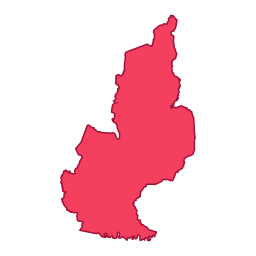 Tonaya, Jalisco, Mexico (Robinson projection)
{"feature_id": "50627088B15474935979053", "entity_name": "Tonaya", "entity_type": "district", "adm_level": 2, "iso_a3": "MEX", "parent_name": "Mexico", "parent_adm1": "Jalisco", "projection": "robinson", "projection_center": [-103.939, 19.867], "detail": "fine", "context": "isolated", "style": "filled", "palette": "rose", "viewbox_px": 256, "rotation_deg": 0, "n_neighbors": 0, "source": "geoboundaries", "source_scale": "gbopen_adm2", "svg_char_len": 5881}
<svg xmlns="http://www.w3.org/2000/svg" viewBox="0 0 256 256"><path d="M126.1,52.1L125.1,54.0L125.2,56.9L125.6,57.2L124.5,63.8L124.4,68.0L124.7,69.6L124.1,70.0L124.0,71.4L123.5,71.7L123.2,73.9L122.8,73.7L121.9,75.7L120.1,75.5L118.5,74.7L117.7,74.8L117.0,75.2L116.7,75.8L115.8,76.0L116.4,77.7L115.8,78.4L116.1,80.4L115.6,81.8L115.7,83.6L118.4,85.6L119.1,86.7L118.5,88.2L118.7,88.9L117.7,88.9L117.7,91.1L117.2,92.8L115.9,94.2L115.0,95.9L114.9,96.6L115.8,97.9L115.5,99.2L114.5,100.5L113.5,101.0L114.6,102.5L115.7,102.8L114.5,103.1L112.8,104.7L112.4,105.5L111.6,111.1L111.6,112.2L114.3,113.2L114.9,114.0L114.7,115.0L114.3,115.2L114.7,117.0L114.1,118.5L114.1,119.3L113.5,120.1L112.5,118.6L112.2,118.9L112.3,119.9L113.1,121.6L113.9,122.2L115.6,122.9L117.1,125.6L117.3,127.0L117.2,127.9L118.1,129.7L118.4,131.3L119.1,132.2L119.6,133.5L119.5,137.8L119.2,138.5L118.7,139.0L117.9,139.0L116.3,137.9L115.7,135.4L114.6,133.4L112.9,132.7L110.8,133.3L108.5,132.9L101.8,132.8L100.3,131.7L98.2,132.0L97.4,131.6L95.4,129.7L94.6,129.4L94.0,128.6L94.0,127.8L91.5,127.5L90.0,125.9L88.2,125.0L87.3,125.5L81.1,142.2L75.7,148.7L78.2,154.3L78.6,154.7L81.3,155.4L81.8,156.0L81.9,157.1L81.6,158.5L80.7,159.6L80.6,160.3L79.6,161.4L79.6,162.4L79.0,164.4L77.5,166.2L77.4,166.8L77.6,167.6L75.8,168.6L74.9,169.8L74.7,171.2L75.2,173.3L74.6,173.8L73.5,173.9L71.4,173.5L70.4,172.8L69.0,172.7L70.0,171.3L69.8,171.2L68.3,171.5L67.0,171.4L65.9,170.0L65.3,171.3L64.2,170.8L63.6,171.8L63.5,172.8L62.8,174.4L61.9,175.2L62.1,175.8L61.6,175.8L61.5,176.7L60.9,177.7L61.7,179.7L60.8,182.8L61.9,182.8L61.8,185.7L62.9,187.1L62.9,187.6L62.2,187.9L62.7,189.2L62.8,191.2L64.7,192.3L65.2,191.9L65.8,192.0L65.1,193.5L64.4,194.0L63.4,194.0L64.3,194.1L63.9,197.1L63.2,198.4L61.7,199.0L62.7,201.1L62.2,201.7L62.9,202.7L64.0,205.1L66.8,208.4L66.7,209.8L67.1,210.1L68.2,210.4L70.2,212.0L71.5,212.3L71.7,212.0L74.7,212.8L76.2,212.5L77.2,212.7L77.6,213.1L77.5,214.2L76.8,215.6L76.9,216.6L77.4,217.2L77.1,218.3L77.5,220.4L79.1,221.2L81.9,221.4L82.7,221.9L83.1,222.9L82.2,223.4L81.9,224.7L82.3,227.3L80.6,229.0L79.9,230.3L96.6,233.7L97.6,233.1L98.6,233.1L99.8,234.1L101.1,235.9L102.2,236.9L103.1,236.9L103.9,236.0L104.3,233.9L105.4,233.4L106.3,233.4L107.1,234.0L107.1,234.5L104.7,235.9L104.2,236.8L104.6,237.3L105.5,237.3L107.4,236.2L108.2,237.4L108.9,237.3L109.1,236.9L110.6,237.3L111.2,236.1L112.0,235.8L112.8,236.4L112.7,237.6L112.9,237.9L114.5,238.3L115.9,238.2L117.6,236.5L117.3,233.8L117.9,232.6L118.6,232.2L119.7,233.4L119.2,236.8L118.7,237.5L118.9,238.0L120.3,238.0L122.2,237.3L122.5,236.7L123.1,236.7L126.9,240.1L127.2,239.8L127.3,238.2L128.0,238.0L130.3,238.0L131.4,236.8L131.8,236.7L132.3,237.3L132.2,239.1L132.9,239.3L133.2,237.0L133.9,236.1L134.3,236.3L134.2,237.6L134.5,238.0L135.4,238.8L136.1,238.9L137.4,237.1L137.6,235.1L138.5,234.9L139.4,235.5L140.2,236.9L139.8,239.1L140.1,240.2L140.5,240.4L141.1,240.3L142.6,239.2L143.7,239.3L144.6,240.0L145.4,237.7L145.7,237.5L147.3,238.5L147.6,240.4L149.1,240.6L149.8,240.4L150.6,239.3L148.8,237.7L148.5,236.8L149.2,236.3L149.9,236.3L151.1,237.3L152.1,237.2L152.5,235.5L153.9,235.5L154.3,236.6L154.8,236.5L154.8,234.8L155.8,234.0L156.3,232.0L149.1,229.8L147.9,228.9L146.9,227.2L144.8,226.4L142.8,224.6L141.5,225.1L141.2,223.2L140.4,222.6L139.9,221.6L140.4,220.3L138.3,219.8L137.4,219.0L137.8,215.5L136.7,214.2L136.2,212.9L136.7,211.9L136.9,210.3L135.9,209.1L134.9,206.7L133.7,204.8L133.8,203.4L133.0,203.5L134.6,200.6L136.1,200.3L135.9,199.5L137.0,198.0L138.3,197.9L138.4,197.5L140.3,196.5L140.4,196.0L139.8,195.3L139.8,195.0L140.4,194.4L140.4,192.5L140.9,192.1L141.0,191.2L142.5,189.7L143.0,188.6L144.1,187.2L145.9,186.6L146.4,184.3L155.8,184.2L161.6,181.4L162.4,180.3L163.5,179.4L165.4,179.6L167.5,179.5L169.6,180.1L170.4,180.7L170.6,180.5L172.5,180.6L173.1,179.9L176.2,172.0L176.9,171.9L177.8,172.3L178.2,170.7L178.7,170.2L179.4,170.2L179.9,169.7L180.0,169.2L181.6,168.9L182.2,168.4L183.1,166.5L183.7,165.9L183.7,164.2L184.3,163.5L184.0,162.5L184.4,162.2L184.1,162.1L183.9,160.6L184.7,158.1L186.0,157.6L187.7,156.2L188.6,156.2L189.2,155.7L190.2,155.6L192.8,154.4L194.5,149.5L194.4,140.5L194.6,139.2L195.2,137.6L194.7,135.8L194.4,131.6L193.7,117.9L192.0,113.9L191.8,112.9L191.9,112.0L190.4,111.0L189.5,109.9L187.9,110.0L187.6,109.4L187.3,109.2L187.1,108.1L186.1,107.8L185.4,108.0L184.9,107.3L183.4,106.9L181.3,105.7L179.9,106.4L178.0,106.7L177.7,107.5L177.2,107.9L176.2,107.6L175.6,107.8L174.2,107.1L172.3,107.6L171.8,108.0L171.3,108.1L170.9,107.7L171.2,106.8L170.9,105.8L171.2,105.7L172.0,106.3L173.7,105.3L173.7,104.8L173.1,104.6L172.8,104.1L173.2,103.7L173.9,103.5L174.3,101.7L177.1,100.3L177.1,99.9L176.4,99.1L176.5,98.6L177.2,98.5L177.7,99.0L178.1,98.8L178.3,97.6L177.5,96.9L177.4,96.3L178.6,95.3L178.0,94.2L178.2,93.5L179.1,92.7L178.8,90.4L178.4,89.5L178.5,88.5L179.2,88.3L179.3,87.1L179.9,86.9L180.2,86.5L179.9,84.5L179.0,83.2L179.1,82.6L179.7,81.8L179.4,80.4L180.2,80.2L180.1,79.4L179.5,78.9L178.6,79.1L178.4,78.2L177.9,77.5L176.7,76.8L175.5,76.5L173.9,75.2L174.0,74.6L173.6,74.2L173.5,73.2L172.4,72.3L172.2,71.7L171.7,67.7L171.9,66.9L172.5,66.2L172.4,65.7L171.6,64.7L172.2,62.8L171.9,62.3L171.5,62.3L171.4,61.9L172.6,60.5L173.2,60.4L173.9,59.1L175.4,58.7L176.8,53.4L176.0,52.6L175.3,49.6L174.1,47.4L174.2,45.5L173.7,43.9L173.7,41.9L173.2,40.9L173.9,37.3L173.8,36.5L173.1,35.7L171.5,34.8L171.2,33.7L171.2,32.5L171.5,31.7L172.8,30.8L173.7,31.1L175.5,27.8L176.3,24.7L176.2,23.3L176.8,22.4L176.9,19.8L175.6,19.0L173.1,15.6L172.2,16.2L171.6,16.0L171.4,15.4L170.4,15.9L170.4,17.3L169.2,17.9L168.6,18.6L168.5,19.6L168.7,20.8L167.2,22.5L167.1,23.8L166.7,24.2L163.7,23.8L162.3,25.2L160.2,25.2L158.6,26.2L153.8,30.3L153.5,32.3L154.1,33.8L154.4,34.0L154.5,37.5L154.0,38.2L154.0,39.7L153.8,40.0L153.3,39.9L153.2,42.7L152.8,42.8L153.0,43.2L152.4,44.8L151.7,45.4L151.9,45.8L151.5,45.8L151.3,46.3L150.6,46.2L147.2,44.2L126.1,52.1Z" fill="#f43f5e" stroke="#9f1239" stroke-width="1.5"/></svg>